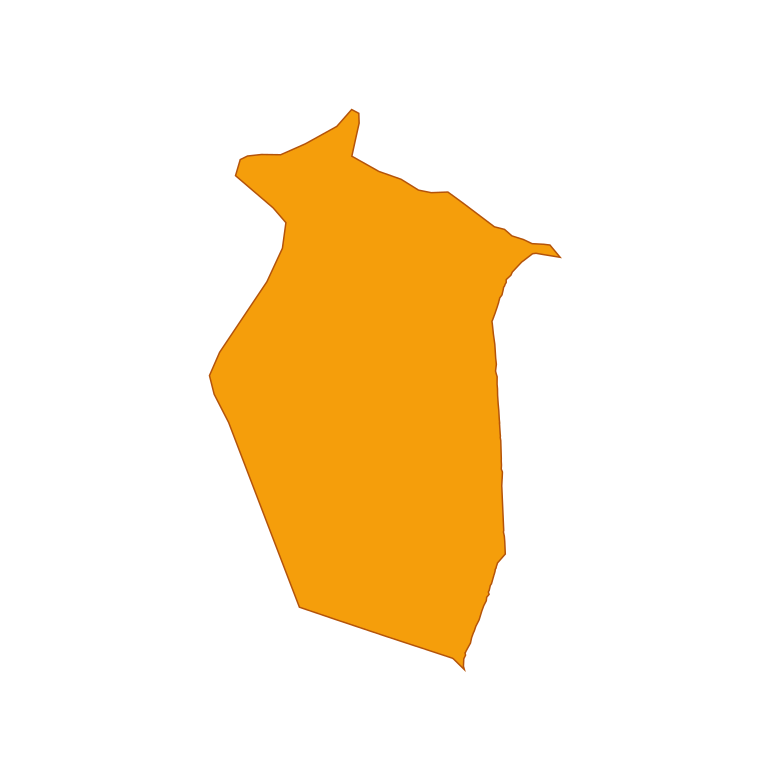 Keilak, South Kordufan, Sudan, rotated 46°
{"feature_id": "16777658B16982967361933", "entity_name": "Keilak", "entity_type": "district", "adm_level": 2, "iso_a3": "SDN", "parent_name": "Sudan", "parent_adm1": "South Kordufan", "projection": "orthographic", "projection_center": [29.554, 10.642], "detail": "fine", "context": "isolated", "style": "filled", "palette": "amber", "viewbox_px": 768, "rotation_deg": 46, "n_neighbors": 0, "source": "geoboundaries", "source_scale": "gbopen_adm2", "svg_char_len": 2726}
<svg xmlns="http://www.w3.org/2000/svg" viewBox="0 0 768 768"><g transform="rotate(46 384 384)"><path d="M492.8,328.4L492.3,328.1L492.4,327.9L489.6,325.7L483.0,320.0L478.9,316.7L478.0,316.0L471.0,310.1L466.3,305.7L462.7,302.8L462.1,302.2L457.4,297.6L454.1,295.9L452.6,295.0L452.3,294.9L452.2,294.8L450.8,293.1L447.9,289.5L445.2,287.4L443.1,285.8L438.3,281.7L432.4,276.7L425.8,271.9L423.9,270.5L416.6,264.8L415.6,264.0L415.4,263.9L415.0,263.6L413.9,262.8L413.8,262.5L413.1,260.8L412.8,260.2L412.3,259.3L412.3,259.1L411.8,258.2L410.0,254.4L409.7,253.9L409.6,253.7L407.2,249.0L406.1,247.0L405.0,244.9L404.7,244.6L402.8,241.4L402.5,241.1L401.9,237.4L401.7,236.9L401.5,236.7L399.4,233.4L397.8,231.1L397.5,230.8L397.3,229.4L397.2,229.1L396.7,228.2L396.4,227.7L396.3,227.3L396.0,226.0L395.8,225.5L394.1,223.9L393.9,223.7L393.8,223.3L393.9,217.1L392.6,214.0L392.1,204.2L391.9,200.2L392.3,197.3L392.4,196.2L393.5,186.6L395.6,183.8L401.4,179.6L404.2,177.5L415.2,169.3L399.3,168.1L394.5,172.0L385.9,180.0L377.3,183.2L366.3,189.1L356.5,189.9L347.6,195.4L310.6,201.2L290.3,204.7L279.2,217.1L268.5,224.5L248.6,229.5L227.6,240.0L197.8,248.9L188.6,235.1L179.1,220.7L171.8,214.1L164.1,216.6L165.9,239.0L156.6,273.7L147.3,299.1L133.8,312.7L125.2,323.8L122.7,331.5L131.0,346.1L180.3,341.4L199.8,342.5L215.8,362.8L229.1,397.2L247.0,480.2L256.7,503.7L273.4,513.3L303.8,522.5L390.5,559.4L485.8,599.9L519.2,582.7L567.6,557.5L594.9,543.1L595.0,543.0L628.5,525.4L629.8,525.0L630.0,525.0L637.7,524.8L645.3,524.6L642.2,522.9L637.1,517.5L635.7,513.7L633.9,512.6L633.7,512.5L633.7,512.0L633.4,511.1L633.1,510.4L632.0,506.9L631.3,504.6L630.6,502.3L630.5,501.9L627.3,497.1L625.0,492.4L624.8,491.9L624.7,491.4L624.6,491.2L623.7,489.3L623.5,489.0L622.4,486.9L622.3,486.6L622.1,486.3L619.8,479.6L619.6,479.2L616.5,473.6L615.1,471.1L614.6,470.0L613.1,466.9L612.9,466.6L612.0,464.0L611.2,461.6L611.0,461.0L609.1,458.7L608.7,458.3L608.7,457.9L608.4,455.1L608.3,454.5L606.8,453.8L606.4,453.6L606.1,453.4L605.7,452.2L605.6,451.8L603.0,447.8L602.8,447.5L602.4,445.8L602.4,445.5L602.2,445.2L599.0,439.7L598.5,438.8L597.7,437.5L597.4,436.8L596.1,434.6L595.9,434.3L595.3,433.5L594.8,433.0L594.6,432.7L594.5,432.0L594.4,431.9L594.4,431.7L594.2,431.2L593.1,429.6L592.9,429.1L591.8,427.0L591.5,426.5L591.5,425.8L590.6,415.4L590.6,414.9L582.6,407.8L581.0,406.4L577.1,403.2L575.0,401.9L573.4,400.9L572.5,399.6L548.5,378.4L540.4,371.2L539.2,370.2L535.2,365.9L534.5,365.2L534.4,365.0L530.6,361.0L529.5,359.9L527.8,359.2L527.3,359.0L526.7,358.8L523.9,355.8L520.9,353.2L519.1,351.4L505.8,339.3L504.2,338.2L503.4,337.7L502.6,336.8L502.3,336.4L501.5,335.8L500.5,335.0L495.3,330.6L493.7,329.2L493.0,328.7L492.8,328.4Z" fill="#f59e0b" stroke="#b45309" stroke-width="1.5"/></g></svg>